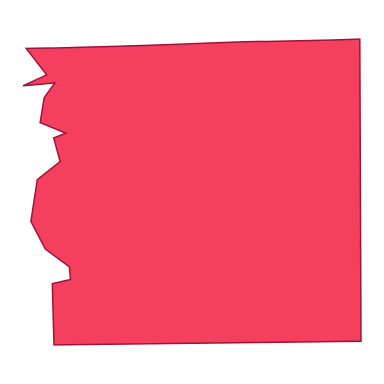 the district of Schuyler, Missouri, United States of America
{"feature_id": "52423323B20022887638362", "entity_name": "Schuyler", "entity_type": "district", "adm_level": 2, "iso_a3": "USA", "parent_name": "United States of America", "parent_adm1": "Missouri", "projection": "equal_earth", "projection_center": [-92.615, 40.47], "detail": "fine", "context": "isolated", "style": "filled", "palette": "rose", "viewbox_px": 384, "rotation_deg": 0, "n_neighbors": 0, "source": "geoboundaries", "source_scale": "gbopen_adm2", "svg_char_len": 453}
<svg xmlns="http://www.w3.org/2000/svg" viewBox="0 0 384 384"><path d="M26.2,48.4L46.7,74.9L23.0,85.8L54.8,82.9L44.2,97.7L40.1,122.6L65.8,133.2L53.7,137.9L60.1,161.5L37.3,179.7L30.9,221.4L45.4,249.1L69.3,266.8L70.5,279.5L52.3,283.6L54.0,344.9L361.0,341.2L359.8,39.1L333.3,40.0L265.4,41.5L258.2,41.4L239.8,41.9L239.1,42.0L237.1,42.0L149.4,45.3L96.5,46.9L95.3,46.9L51.8,48.1L48.9,48.0L26.2,48.4Z" fill="#f43f5e" stroke="#9f1239" stroke-width="1.5"/></svg>